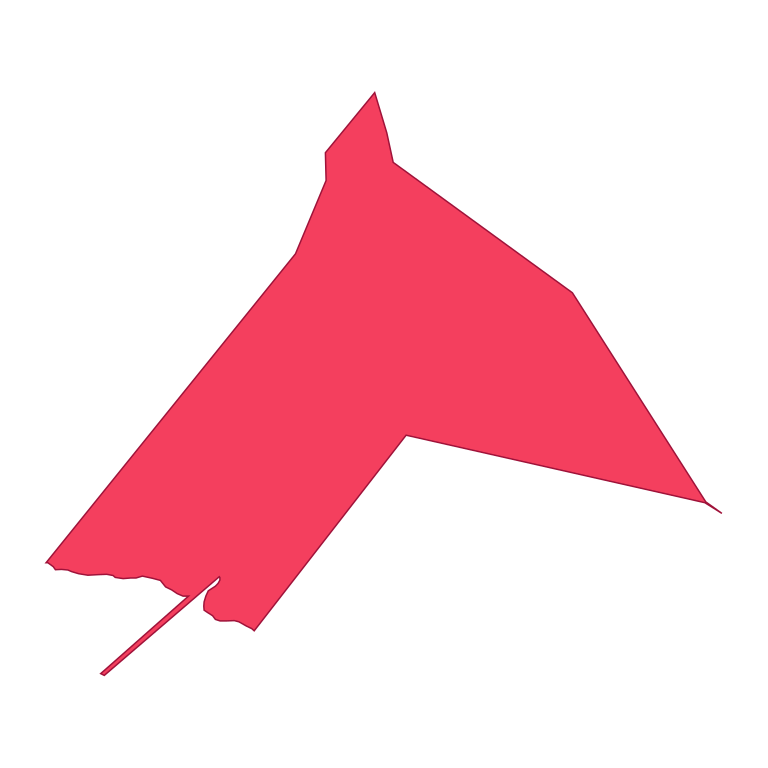 the district of Mengellang, Palau
{"feature_id": "81905179B37615107776552", "entity_name": "Mengellang", "entity_type": "district", "adm_level": 2, "iso_a3": "PLW", "parent_name": "Palau", "parent_adm1": "", "projection": "orthographic", "projection_center": [134.628, 7.695], "detail": "fine", "context": "isolated", "style": "filled", "palette": "rose", "viewbox_px": 768, "rotation_deg": 0, "n_neighbors": 0, "source": "geoboundaries", "source_scale": "gbopen_adm2", "svg_char_len": 853}
<svg xmlns="http://www.w3.org/2000/svg" viewBox="0 0 768 768"><path d="M393.2,162.4L386.8,132.9L374.7,92.6L325.4,152.7L326.1,180.5L295.5,253.8L46.1,562.7L47.8,562.7L53.3,566.7L55.4,569.7L61.5,569.4L67.9,570.0L71.6,571.6L78.6,573.7L87.8,575.2L98.8,574.6L106.7,574.3L113.1,575.5L115.2,577.4L123.2,578.6L130.5,578.0L136.0,578.0L142.4,576.1L152.5,578.3L160.4,580.4L165.6,586.9L171.7,589.9L177.2,593.6L183.0,596.1L187.6,596.1L188.5,596.1L100.7,673.6L104.3,675.4L219.3,576.7L219.9,577.6L219.9,580.1L218.1,583.4L215.4,586.2L212.6,588.0L208.3,590.8L205.9,596.0L204.1,601.9L203.8,606.2L204.1,610.2L207.7,612.6L212.6,615.7L215.4,619.4L220.0,620.9L226.7,620.9L234.3,620.6L238.9,621.8L246.5,626.1L251.7,628.6L254.2,630.8L406.1,435.2L704.9,502.7L706.3,503.6L721.9,513.4L705.8,501.9L572.4,292.8L393.2,162.4Z" fill="#f43f5e" stroke="#9f1239" stroke-width="1.5"/></svg>